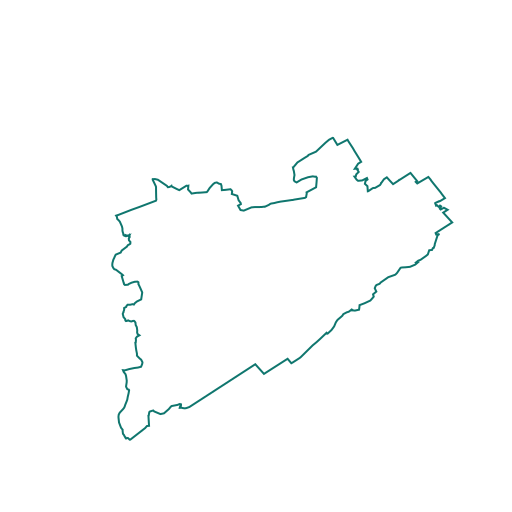 the district of Kabiles pag., Kuldigas, Latvia, rotated 155°
{"feature_id": "27541924B2434505236079", "entity_name": "Kabiles pag.", "entity_type": "district", "adm_level": 2, "iso_a3": "LVA", "parent_name": "Latvia", "parent_adm1": "Kuldigas", "projection": "equal_earth", "projection_center": [22.376, 56.949], "detail": "fine", "context": "isolated", "style": "outline", "palette": "teal", "viewbox_px": 512, "rotation_deg": 155, "n_neighbors": 0, "source": "geoboundaries", "source_scale": "gbopen_adm2", "svg_char_len": 5848}
<svg xmlns="http://www.w3.org/2000/svg" viewBox="0 0 512 512"><g transform="rotate(155 256 256)"><path d="M298.6,145.8L270.8,149.5L269.3,143.9L267.7,144.0L259.6,145.1L258.0,145.5L242.3,151.1L237.6,152.3L233.1,153.7L224.5,156.6L224.3,155.8L224.3,155.5L223.9,155.4L218.9,157.0L215.6,158.8L214.9,159.2L211.7,162.1L209.6,163.4L208.6,163.8L204.9,164.8L202.9,165.4L201.9,166.1L201.4,166.4L197.6,166.6L195.5,166.3L193.9,166.6L191.9,167.1L191.7,166.8L192.7,166.5L191.1,165.7L189.4,164.7L185.3,163.8L184.0,165.8L182.9,167.7L177.6,167.3L171.2,167.3L168.4,168.5L166.5,169.4L166.1,171.8L162.0,172.9L162.0,176.6L160.3,178.2L159.1,178.8L156.0,178.6L155.4,178.7L155.1,178.8L154.4,179.3L154.2,179.3L145.1,180.9L137.9,180.2L137.3,180.3L135.4,181.0L130.0,184.2L129.7,184.2L128.5,183.9L125.3,182.6L121.0,181.1L115.4,180.9L112.8,181.6L113.3,181.8L113.8,182.5L110.9,183.2L108.5,183.0L101.9,184.2L99.6,184.8L96.6,188.0L93.9,187.1L92.4,188.4L91.6,188.2L89.6,190.1L88.9,191.3L82.7,198.0L80.5,198.4L83.6,199.3L83.5,200.9L64.0,203.5L68.0,216.2L62.8,216.9L65.3,220.3L69.0,220.1L69.4,221.2L67.2,222.7L67.9,223.9L68.8,223.5L69.7,223.4L70.6,225.6L71.5,225.5L71.3,228.2L70.9,228.3L68.5,228.3L68.6,228.2L65.8,228.0L60.3,228.6L61.5,234.0L61.7,235.3L64.6,247.0L65.5,250.9L65.4,251.2L66.4,254.8L79.2,253.6L79.9,255.6L78.3,255.8L80.9,266.0L94.6,264.2L94.6,264.3L95.6,264.0L101.4,263.2L102.9,267.8L104.2,272.0L107.6,271.5L111.3,269.4L111.7,269.4L112.3,268.7L113.7,267.9L119.3,267.4L121.0,268.1L121.8,268.1L126.8,267.3L127.3,267.4L125.5,272.2L126.8,275.4L125.0,277.7L122.6,278.2L122.5,279.8L127.8,279.6L131.7,281.0L132.2,281.9L132.6,282.9L132.8,284.1L133.2,286.4L131.9,286.0L130.7,287.6L127.4,288.8L127.7,291.3L127.1,291.5L127.1,292.3L129.6,293.3L124.4,296.5L120.9,296.9L121.4,301.5L122.4,309.8L122.6,312.6L123.8,321.0L123.9,322.7L135.3,322.3L136.2,330.4L136.6,330.7L140.6,330.5L145.1,329.3L157.5,325.2L165.7,325.4L166.8,324.8L170.5,324.4L178.9,323.3L184.9,320.5L185.1,320.6L185.6,318.5L185.8,317.0L186.9,313.1L188.8,310.4L189.6,308.9L189.6,308.2L189.5,307.4L188.1,305.5L182.4,306.1L175.5,305.4L170.9,304.2L169.0,302.9L168.1,302.6L167.8,301.1L170.1,297.0L172.5,292.9L183.3,292.3L183.7,291.0L184.7,289.7L185.7,288.2L187.1,288.0L197.7,291.0L198.9,291.2L199.9,291.6L203.9,292.8L210.7,294.9L213.6,295.6L213.9,295.7L217.2,296.3L220.0,297.1L220.7,297.2L221.2,297.2L222.7,296.9L226.9,296.9L226.9,297.0L230.1,298.0L234.0,299.7L236.3,300.8L239.6,302.0L240.1,302.0L247.9,302.3L250.6,304.2L251.0,309.2L247.8,309.4L247.5,310.5L248.2,313.8L247.5,318.5L251.7,322.4L250.2,324.8L250.4,326.0L250.9,327.3L255.9,328.9L259.1,330.1L257.6,334.2L257.4,336.0L259.0,337.2L260.4,339.2L262.5,339.7L264.6,339.2L269.3,337.2L272.8,335.0L273.7,334.7L280.9,337.4L280.9,337.5L283.5,338.5L288.0,339.8L288.4,341.6L289.5,345.0L287.6,348.3L288.2,348.4L289.3,349.1L297.7,348.1L299.5,350.2L303.1,354.8L303.0,355.3L303.9,355.1L305.5,355.2L306.8,355.6L307.1,357.2L312.7,366.6L315.0,368.4L317.1,369.3L317.4,368.8L317.3,362.0L317.4,360.9L319.4,356.5L321.7,351.3L322.5,349.2L323.3,348.4L340.7,349.7L349.4,350.5L363.4,351.4L365.7,351.7L365.5,350.5L366.1,348.2L365.4,346.5L364.9,344.7L365.0,339.5L365.4,337.5L366.4,335.2L366.7,333.7L366.9,331.7L367.2,331.4L366.9,330.9L367.0,330.8L366.6,330.3L366.3,330.1L366.0,330.1L366.1,329.9L365.7,329.8L365.9,329.5L365.6,329.1L365.8,329.1L365.6,328.9L365.2,328.8L365.1,329.1L364.4,329.1L364.1,328.7L363.7,328.7L363.4,328.4L363.0,328.5L362.9,328.6L362.7,328.5L362.7,328.3L362.4,328.4L362.5,328.2L362.1,328.2L362.5,327.9L362.3,327.8L362.2,327.5L362.4,327.4L362.5,327.2L362.4,327.1L362.5,327.0L362.3,326.9L362.2,326.8L362.2,326.7L362.0,326.4L361.8,326.3L362.6,326.5L363.9,325.6L364.5,323.9L363.9,321.8L364.5,320.6L364.8,320.2L366.3,320.0L367.4,320.0L368.1,319.7L368.9,319.1L375.4,317.7L377.2,316.3L382.2,316.5L382.6,316.5L384.1,315.3L385.3,314.2L386.8,313.0L389.1,310.3L389.9,308.9L390.4,307.7L390.4,305.7L390.1,304.2L390.0,303.9L388.7,302.7L385.4,296.4L384.7,294.8L386.2,294.6L387.3,287.4L387.2,287.3L387.5,286.3L387.1,285.2L385.3,284.5L384.1,284.1L383.1,284.4L380.1,284.4L376.8,283.9L374.3,282.9L373.7,282.0L373.7,281.8L374.5,280.0L374.4,279.3L374.4,276.2L374.5,271.2L374.6,270.9L378.4,265.2L383.2,265.1L385.9,264.4L387.2,263.6L388.2,264.5L390.6,265.0L393.0,266.1L394.7,265.3L395.2,264.7L397.5,264.6L398.2,263.0L399.0,262.1L399.7,261.5L399.8,261.1L401.0,260.2L401.3,259.6L401.7,257.4L401.9,256.7L401.2,254.0L401.2,253.7L401.5,253.3L401.6,253.0L401.6,252.6L401.4,252.0L400.5,251.7L399.1,251.7L398.2,250.6L397.3,249.8L396.5,249.3L395.1,249.2L394.2,248.9L393.9,248.7L393.6,247.9L393.4,246.6L394.2,244.3L394.1,241.9L395.1,238.7L396.0,237.1L396.3,235.6L396.2,235.1L395.2,233.4L398.0,233.2L399.8,232.2L400.3,230.6L401.6,228.4L402.0,228.4L403.6,223.7L404.3,221.4L405.2,217.7L406.0,216.0L405.6,214.7L404.7,212.2L403.9,210.6L403.8,207.8L404.0,207.3L405.0,206.0L407.0,204.2L410.2,204.8L413.6,205.9L418.7,207.1L423.3,207.8L424.8,208.7L424.9,206.8L424.2,204.0L424.5,202.1L425.8,197.7L426.7,196.0L428.9,192.7L429.0,192.0L428.9,189.6L427.8,188.7L427.7,188.0L429.5,185.4L431.8,182.5L433.4,180.2L434.5,179.1L437.6,176.2L438.4,175.3L439.5,174.3L441.0,173.5L445.7,171.6L447.4,170.3L448.4,168.8L448.9,167.7L450.5,163.0L450.9,157.4L450.3,154.9L450.5,154.5L450.8,153.9L451.7,151.1L451.3,149.4L451.3,147.9L451.0,147.0L451.2,146.7L450.9,145.5L449.6,145.5L448.9,145.0L448.1,142.9L447.5,142.7L429.2,146.9L426.7,148.0L424.7,147.3L421.0,156.7L420.7,156.7L418.7,159.6L417.9,159.9L415.6,159.6L414.4,159.4L414.0,158.2L409.5,153.2L409.3,153.1L405.9,152.3L399.7,154.1L397.4,155.2L396.0,155.7L390.0,154.2L387.3,154.1L386.9,154.4L387.1,154.2L386.7,153.5L386.7,153.3L387.1,153.0L386.9,152.8L387.0,152.6L388.3,151.7L388.2,151.4L388.8,151.0L388.7,150.9L388.2,150.9L388.5,150.5L388.7,150.4L387.7,150.0L386.6,149.1L384.9,148.0L383.4,147.6L380.2,147.3L302.4,158.2L298.6,145.8Z" fill="none" stroke="#0f766e" stroke-width="2"/></g></svg>